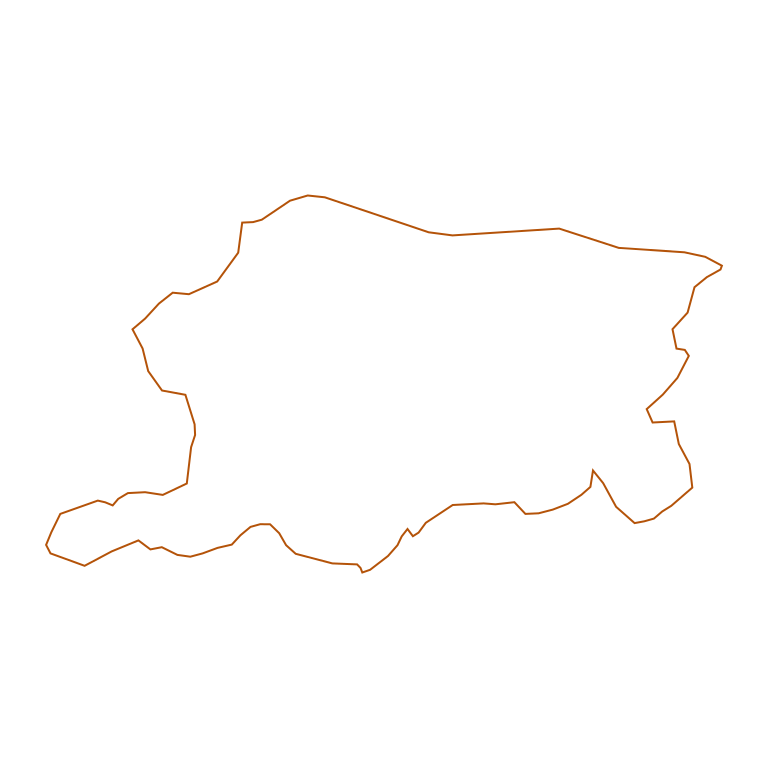 outline of Pleven
{"feature_id": "BGR-2248", "entity_name": "Pleven", "entity_type": "Province", "adm_level": 1, "iso_a3": "BGR", "parent_name": "Bulgaria", "parent_adm1": "", "projection": "robinson", "projection_center": [24.614, 43.502], "detail": "fine", "context": "isolated", "style": "outline", "palette": "amber", "viewbox_px": 768, "rotation_deg": 0, "n_neighbors": 0, "source": "natural_earth", "source_scale": "10m", "svg_char_len": 1369}
<svg xmlns="http://www.w3.org/2000/svg" viewBox="0 0 768 768"><path d="M307.7,195.5L324.8,197.3L406.5,224.8L428.7,232.3L452.5,235.4L559.2,228.6L618.8,247.9L684.4,252.3L705.2,256.8L721.9,265.7L720.5,269.5L706.9,277.1L694.5,287.2L687.6,312.6L672.5,329.2L676.5,348.6L684.8,349.9L688.8,355.9L677.4,377.9L662.8,394.6L646.7,409.1L652.6,422.5L674.2,421.4L678.8,444.0L689.5,464.0L692.3,487.6L671.3,505.8L662.2,511.5L653.9,518.6L644.3,521.3L634.6,523.1L616.1,506.8L603.2,483.2L593.0,470.5L590.4,486.9L581.4,494.8L567.9,503.8L552.8,509.6L538.6,513.3L525.4,513.9L514.4,502.2L495.4,504.3L483.6,503.4L452.7,505.0L425.8,522.8L418.6,532.6L412.9,536.2L407.5,529.0L401.7,536.4L397.5,545.2L388.0,556.0L370.1,569.8L362.3,572.5L360.5,567.9L357.1,564.4L332.3,563.4L295.7,553.8L286.1,545.2L279.2,533.2L270.1,524.3L260.2,524.2L250.5,526.9L240.4,535.3L231.8,544.6L217.5,547.9L202.6,553.4L190.3,556.7L177.4,554.9L161.8,547.2L150.4,549.4L138.4,540.4L111.7,551.4L84.6,565.8L50.5,553.4L46.1,544.9L51.3,532.3L60.3,513.9L97.8,500.6L105.2,502.3L112.7,505.4L118.3,498.8L127.9,493.1L145.1,492.2L162.8,494.9L186.8,483.5L191.1,447.2L195.1,435.0L194.6,424.3L185.4,394.8L162.0,390.5L148.2,371.1L142.6,348.5L132.5,329.3L145.1,318.6L158.9,303.6L172.7,292.7L188.9,294.2L217.2,281.5L238.2,252.7L242.2,222.6L253.1,222.1L261.8,219.7L290.0,200.7L307.7,195.5Z" fill="none" stroke="#b45309" stroke-width="2"/></svg>